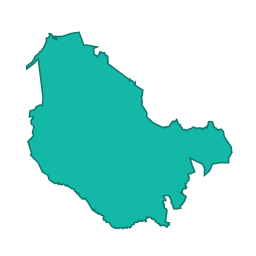 Guadalupe y Calvo, Chihuahua, Mexico (Equal Earth projection), rotated 174°
{"feature_id": "50627088B19833882883386", "entity_name": "Guadalupe y Calvo", "entity_type": "district", "adm_level": 2, "iso_a3": "MEX", "parent_name": "Mexico", "parent_adm1": "Chihuahua", "projection": "equal_earth", "projection_center": [-107.163, 26.124], "detail": "fine", "context": "isolated", "style": "filled", "palette": "teal", "viewbox_px": 256, "rotation_deg": 174, "n_neighbors": 0, "source": "geoboundaries", "source_scale": "gbopen_adm2", "svg_char_len": 5675}
<svg xmlns="http://www.w3.org/2000/svg" viewBox="0 0 256 256"><g transform="rotate(174 128 128)"><path d="M162.2,40.1L161.9,39.1L160.6,39.3L159.6,36.6L156.9,36.5L156.4,35.4L155.6,34.8L155.7,33.7L153.7,31.2L152.1,30.1L150.7,29.5L148.9,29.5L147.8,28.9L146.4,29.7L145.9,29.5L145.2,29.8L144.6,29.7L143.7,28.4L142.7,29.0L141.4,28.9L141.2,29.3L140.6,29.4L139.5,28.6L139.2,28.6L138.8,29.3L138.3,29.4L137.5,29.2L136.7,28.6L136.3,28.6L135.9,29.1L134.8,29.8L134.6,30.7L134.1,31.3L132.9,31.7L132.1,31.5L131.4,33.2L130.8,33.1L129.8,33.6L128.3,33.1L128.1,33.2L128.1,34.2L127.7,34.6L126.3,34.1L125.9,34.3L125.7,34.9L124.7,33.8L123.3,33.8L123.0,34.3L122.4,34.2L121.7,34.7L121.0,34.6L120.5,33.1L120.0,33.0L119.6,33.6L120.0,35.2L118.9,36.6L118.8,37.3L118.4,37.2L117.8,36.5L117.2,37.2L116.4,37.3L116.0,36.9L114.9,36.6L114.6,35.8L113.6,35.2L113.3,34.6L112.5,34.8L110.7,33.4L110.6,32.0L109.6,32.0L108.2,29.8L106.9,29.4L106.5,27.9L106.1,27.9L105.4,27.2L104.0,27.9L102.0,27.3L101.6,27.4L99.8,25.3L99.5,25.4L98.7,27.0L97.3,27.0L97.2,28.3L96.8,29.3L100.7,30.4L97.8,42.0L98.3,43.4L100.3,44.6L100.0,48.4L100.5,49.1L101.1,49.4L100.8,50.8L100.5,51.7L99.6,51.9L98.7,51.7L98.1,51.9L98.0,52.8L98.5,54.1L100.1,56.3L99.1,56.9L97.0,57.0L94.1,56.2L94.2,55.8L93.4,54.0L93.4,53.6L93.0,53.1L92.7,52.1L92.7,50.9L92.4,50.3L92.7,49.9L92.7,49.1L92.5,48.3L91.3,46.6L91.5,45.0L90.8,42.8L88.0,42.4L87.6,42.4L87.2,42.8L86.5,42.6L85.0,42.9L84.0,42.6L83.9,43.2L84.4,44.8L83.9,44.9L83.4,45.6L81.9,46.2L81.8,46.9L81.4,47.2L81.2,47.7L80.2,48.5L79.3,49.6L78.5,51.9L77.8,52.5L77.4,53.2L78.0,54.6L79.3,55.2L80.0,56.2L80.9,56.7L81.5,57.4L81.5,57.7L82.3,58.3L81.9,58.6L80.6,58.0L80.6,58.5L80.9,58.9L80.7,59.1L80.9,59.7L79.9,61.3L79.0,61.5L78.9,61.9L77.5,61.7L77.4,62.1L76.3,62.1L76.3,62.6L75.8,63.3L76.2,63.7L76.8,63.7L76.9,64.8L76.3,65.9L76.9,66.6L75.5,67.1L75.1,68.1L73.4,69.3L73.1,69.7L72.6,71.1L72.8,71.8L72.4,72.3L72.9,73.2L72.6,73.6L73.0,74.5L73.0,75.7L72.8,75.8L72.7,75.6L66.2,77.4L68.2,84.6L69.4,91.5L57.4,84.0L56.1,79.6L57.0,72.9L51.3,77.0L47.7,83.4L39.8,83.9L31.5,82.9L31.2,87.2L27.1,93.1L27.5,94.1L27.3,98.2L33.2,109.3L33.5,114.6L35.4,117.1L37.6,116.9L37.8,116.2L38.4,117.0L39.4,116.9L40.2,118.6L41.3,119.0L41.8,119.7L42.3,119.7L43.4,125.4L46.9,125.9L47.9,124.3L47.9,122.4L48.3,122.0L49.3,121.8L49.0,120.8L49.2,119.9L49.6,119.8L51.0,120.7L52.0,120.4L52.4,119.9L52.6,118.9L52.9,118.6L53.3,118.8L53.6,119.4L54.5,119.3L54.9,120.3L56.1,120.3L57.0,120.7L58.6,120.4L59.9,120.8L60.8,120.6L61.7,121.6L63.1,122.2L65.2,120.8L66.2,120.8L67.0,120.3L68.9,120.2L69.4,119.5L70.4,119.3L71.1,120.4L72.0,120.6L72.7,120.4L74.0,121.3L74.3,122.8L75.1,123.5L75.7,123.7L76.1,124.7L75.6,125.4L76.5,125.3L76.9,126.5L78.0,127.1L77.8,128.3L78.3,129.8L78.6,130.0L78.6,130.6L78.3,130.8L78.9,131.4L79.3,130.6L79.8,130.2L80.2,130.1L80.7,129.3L81.0,129.3L82.0,130.1L82.6,130.1L82.9,129.7L83.6,129.4L83.6,128.6L84.6,128.3L84.6,127.9L85.7,126.9L86.6,125.5L87.0,125.2L88.2,125.3L90.9,124.4L90.8,125.2L93.0,124.7L102.4,130.4L105.1,133.8L108.1,136.4L107.8,141.5L112.0,150.0L111.8,150.3L111.7,151.4L111.2,151.7L111.1,152.2L111.4,152.5L111.1,152.9L111.4,153.9L111.1,154.8L111.4,155.8L111.2,157.2L111.5,158.0L110.5,158.7L109.3,164.0L116.6,169.9L116.3,170.8L116.5,171.2L116.1,171.5L116.0,172.6L116.7,172.0L117.0,172.1L118.4,174.0L120.5,175.5L121.4,175.1L121.1,176.5L121.7,176.4L122.5,177.0L123.1,177.2L141.7,194.5L141.1,195.1L140.7,196.2L140.9,196.9L141.2,196.8L141.2,197.1L141.3,197.7L140.7,199.0L140.6,200.4L141.1,200.5L141.1,200.8L140.8,201.5L141.3,202.2L143.0,203.0L143.3,205.0L143.8,205.5L145.2,205.3L146.1,205.6L146.8,206.4L148.1,206.5L148.1,205.2L148.8,205.2L148.9,204.4L149.5,203.7L150.7,203.0L150.9,202.2L154.3,205.3L153.7,208.0L154.2,209.1L154.0,210.7L150.3,211.8L160.1,214.8L162.2,214.7L164.0,215.1L163.3,215.2L166.7,228.3L174.4,228.0L184.3,225.9L190.0,226.6L189.6,223.6L190.5,225.7L190.6,226.6L192.9,227.0L189.3,222.7L192.3,225.0L192.7,224.8L193.1,225.1L193.4,226.1L193.5,227.4L194.3,229.1L195.2,229.8L195.9,229.6L196.8,230.7L196.2,228.6L196.4,227.7L196.7,227.2L198.2,225.9L199.2,225.7L199.6,226.0L199.8,225.7L200.0,224.8L200.0,222.5L200.8,221.9L200.8,221.4L201.0,221.2L201.3,220.1L201.9,219.7L202.0,219.2L203.4,216.9L205.0,215.2L205.1,214.5L206.8,213.4L207.2,213.5L207.5,212.9L208.1,212.7L208.7,211.0L210.1,210.7L211.1,210.2L211.5,209.7L212.6,209.3L213.0,208.4L213.3,208.2L213.4,207.5L213.9,207.4L213.8,206.4L214.2,205.9L214.7,205.9L216.0,204.4L216.4,203.6L217.2,203.3L217.4,202.7L219.5,202.0L222.5,199.7L222.5,197.3L214.0,202.5L210.0,206.5L209.3,166.2L211.1,159.0L212.9,160.2L217.3,158.5L218.6,156.2L223.5,155.3L225.0,149.4L221.5,149.4L221.9,147.0L222.4,147.1L223.8,145.3L223.7,141.9L222.2,140.9L221.4,139.3L223.6,133.0L222.7,131.2L223.1,129.9L228.9,125.0L226.5,113.3L227.7,111.3L220.9,102.9L217.7,93.2L212.7,89.5L211.7,84.6L206.4,80.4L205.2,80.6L204.6,80.3L204.0,80.5L203.8,81.1L203.8,80.3L203.3,79.5L203.0,79.3L202.4,80.1L202.2,80.2L201.8,79.8L201.8,79.1L200.4,79.0L199.6,78.2L198.1,79.3L197.1,78.6L196.9,78.0L196.5,77.8L195.7,76.7L194.8,76.8L194.2,77.6L193.5,76.7L193.3,75.8L192.7,75.7L191.4,74.8L191.1,74.1L190.6,73.7L189.8,73.8L187.7,71.8L187.4,70.5L186.2,69.9L185.7,67.9L185.4,67.9L185.0,68.6L184.6,68.3L184.1,68.3L183.9,67.5L184.1,66.5L183.9,65.9L183.4,65.4L182.8,64.4L182.1,64.4L182.0,63.7L181.4,63.1L181.3,62.6L180.7,62.2L180.2,62.4L178.7,61.9L178.1,62.6L174.8,56.8L172.9,52.0L172.4,51.5L172.2,50.6L171.9,50.4L171.6,50.8L171.3,50.8L171.4,49.7L171.1,49.4L170.0,49.7L169.9,50.1L169.6,50.2L169.6,49.5L170.1,49.2L170.0,48.9L169.2,47.8L168.2,47.5L168.0,46.8L167.2,47.1L166.5,45.5L165.5,45.4L164.8,46.0L163.7,44.0L162.9,44.1L162.3,43.4L161.3,43.2L161.2,42.4L161.9,41.2L162.2,40.1Z" fill="#14b8a6" stroke="#0f766e" stroke-width="1.5"/></g></svg>